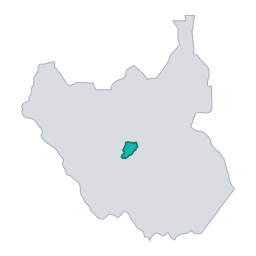 location of Rumbek Centre, Lakes, South Sudan
{"feature_id": "79223893B15705410595049", "entity_name": "Rumbek Centre", "entity_type": "district", "adm_level": 2, "iso_a3": "SSD", "parent_name": "South Sudan", "parent_adm1": "Lakes", "projection": "equal_earth", "projection_center": [29.744, 6.986], "detail": "fine", "context": "in_parent", "style": "filled", "palette": "teal", "viewbox_px": 256, "rotation_deg": 0, "n_neighbors": 0, "source": "geoboundaries", "source_scale": "gbopen_adm2", "svg_char_len": 3906}
<svg xmlns="http://www.w3.org/2000/svg" viewBox="0 0 256 256"><path d="M209.9,221.7L202.1,232.3L201.5,233.0L200.6,233.8L197.4,233.8L194.1,233.3L191.1,230.5L188.0,232.7L186.1,233.3L184.9,233.6L182.2,233.9L178.4,235.1L176.6,236.5L175.7,237.6L174.9,239.7L174.5,239.9L173.8,239.6L172.8,238.8L170.8,237.6L169.8,235.0L168.8,233.4L168.0,232.6L164.8,235.2L163.2,235.8L161.9,235.7L159.6,234.2L156.9,233.0L155.6,233.0L153.6,234.6L151.3,236.9L150.1,239.3L149.6,240.6L148.8,238.5L148.0,237.2L146.9,236.7L144.7,237.2L144.2,236.4L144.1,234.6L143.8,233.0L143.2,231.7L141.5,230.5L137.2,227.9L133.9,222.8L132.2,220.5L130.9,219.0L129.2,215.0L127.2,212.2L124.8,211.0L123.2,211.6L121.6,214.5L118.5,217.3L117.1,217.4L115.3,215.9L113.0,214.8L109.0,214.4L107.3,215.7L105.1,217.8L103.2,219.0L102.0,219.2L101.0,218.7L99.7,218.4L98.7,218.4L96.5,216.4L95.4,215.0L94.6,213.7L93.4,212.7L91.9,212.0L90.9,210.7L90.4,209.2L89.6,207.3L88.5,205.5L85.2,202.4L84.2,200.5L83.5,198.7L82.2,196.7L80.7,194.0L80.3,190.1L80.2,187.0L79.9,185.5L79.3,184.1L78.6,182.8L77.4,181.4L74.7,179.4L71.9,177.1L70.6,175.7L68.0,175.2L66.5,173.9L65.2,170.9L64.7,168.6L63.4,166.8L62.9,165.4L62.6,163.9L63.6,159.2L62.1,157.6L59.9,155.5L58.3,153.1L57.4,151.0L54.6,148.1L48.4,143.9L44.8,141.2L42.9,138.8L41.2,136.4L41.0,135.4L42.1,133.1L42.3,131.1L41.4,129.0L37.7,124.9L34.8,120.4L32.6,119.1L27.2,117.8L25.7,117.3L24.1,116.5L22.5,114.5L21.9,112.1L22.8,108.3L22.3,107.1L21.4,106.8L21.6,106.0L22.6,104.2L24.3,103.0L28.7,101.1L29.0,100.4L29.1,98.0L29.5,96.9L31.0,93.6L31.2,92.3L31.3,89.5L31.5,88.2L32.0,87.2L33.2,85.6L33.6,84.6L33.8,82.5L33.7,78.3L34.3,76.6L37.2,72.7L37.9,71.0L38.2,69.5L38.1,67.9L38.3,66.4L39.2,64.9L39.9,64.4L41.9,64.0L43.3,64.3L53.1,61.6L54.3,62.0L54.8,63.6L54.7,66.0L54.9,67.2L55.4,68.1L57.0,69.3L58.1,71.3L58.6,72.0L60.2,73.3L67.5,84.7L69.5,85.7L71.5,85.3L75.5,83.0L77.5,82.4L91.3,83.1L92.9,82.7L93.0,82.8L95.1,88.4L96.1,89.7L111.3,89.8L111.0,88.2L111.2,86.4L113.9,82.9L114.3,82.5L116.6,80.8L118.9,79.7L123.3,78.4L125.0,76.4L125.8,74.5L125.9,70.8L126.5,70.2L127.5,69.3L132.6,66.0L133.5,65.3L142.5,73.0L147.6,79.1L147.9,79.4L148.1,79.5L148.4,79.3L148.6,79.0L149.2,78.7L151.4,78.6L155.5,78.3L156.8,77.6L165.0,66.8L167.1,63.3L167.6,62.6L168.8,60.1L170.1,55.9L170.3,55.4L179.3,45.3L179.6,44.5L179.7,43.8L178.3,40.4L178.0,38.7L177.9,36.0L178.2,31.8L178.1,29.2L178.0,28.5L177.9,28.4L172.9,20.9L185.5,20.8L185.6,19.9L185.5,19.6L185.3,18.7L185.1,17.5L185.1,16.9L185.2,16.2L185.2,15.9L185.2,15.6L185.2,15.4L194.3,15.5L194.2,17.6L193.1,22.6L193.2,25.6L192.9,28.9L192.6,30.0L192.1,30.8L192.0,31.2L192.0,31.6L194.0,50.6L193.8,51.4L193.3,52.6L193.2,53.0L193.2,53.3L193.4,53.5L197.6,55.5L197.8,55.7L197.9,55.8L199.5,58.3L207.8,67.3L208.1,67.8L208.9,70.6L209.0,71.1L209.1,71.7L209.1,72.3L208.8,74.0L208.9,74.7L209.1,75.2L209.2,75.8L209.2,76.0L209.1,76.4L207.9,79.7L207.5,82.1L207.4,84.0L207.5,85.2L207.6,85.9L207.7,86.2L207.8,86.3L211.4,86.3L211.4,87.4L212.0,104.6L212.0,106.5L211.8,109.0L211.4,109.9L210.4,111.3L209.1,112.6L205.9,112.9L203.2,112.8L201.3,112.6L198.7,112.4L196.3,112.7L195.4,113.8L192.2,123.0L191.2,125.2L190.9,126.6L191.2,127.4L192.5,128.5L195.3,130.2L198.5,131.1L200.8,131.5L202.5,132.0L203.7,132.5L208.3,136.7L209.7,138.6L210.5,140.3L210.7,142.1L211.4,144.0L215.5,149.7L219.5,152.4L221.0,155.5L222.5,157.0L223.8,158.6L224.6,161.0L226.3,167.9L227.5,171.5L228.7,174.5L229.1,179.3L230.1,181.5L231.1,184.1L232.6,186.5L234.3,188.3L234.6,188.8L217.6,211.4L209.9,221.7Z" fill="#d9dde1" stroke="#a8b0b8" stroke-width="1"/><path d="M125.5,158.4L128.2,156.8L129.3,155.0L131.0,155.1L133.1,152.5L134.4,150.4L135.5,150.4L136.6,147.5L137.7,146.9L136.2,142.2L134.5,142.8L134.5,143.4L133.7,143.4L132.8,142.5L131.2,142.6L128.3,141.9L125.6,142.5L125.7,144.6L122.9,150.3L124.3,152.3L124.0,153.9L122.2,154.5L121.4,156.9L122.7,157.0L122.5,158.3L123.0,158.3L123.5,157.4L124.5,158.3L125.3,157.9L125.5,158.4Z" fill="#14b8a6" stroke="#0f766e" stroke-width="1.5"/></svg>